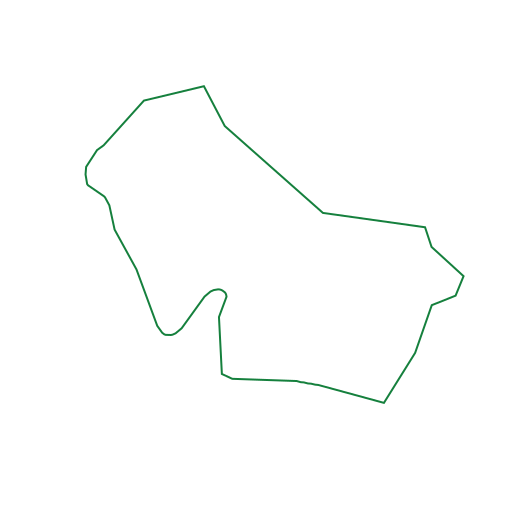 the border of Hillingdon, rotated 121°
{"feature_id": "GBR-2753", "entity_name": "Hillingdon", "entity_type": "London Borough", "adm_level": 1, "iso_a3": "GBR", "parent_name": "United Kingdom", "parent_adm1": "", "projection": "equal_earth", "projection_center": [-0.412, 51.535], "detail": "fine", "context": "isolated", "style": "outline", "palette": "green", "viewbox_px": 512, "rotation_deg": 121, "n_neighbors": 0, "source": "natural_earth", "source_scale": "10m", "svg_char_len": 785}
<svg xmlns="http://www.w3.org/2000/svg" viewBox="0 0 512 512"><g transform="rotate(121 256 256)"><path d="M374.7,224.5L327.4,256.3L306.1,260.3L304.8,261.4L303.8,262.6L303.2,263.9L302.9,266.9L303.0,268.4L303.4,269.9L304.1,271.3L307.0,274.7L309.9,276.7L317.3,279.2L356.2,282.5L363.7,285.1L366.4,287.0L367.5,288.2L370.1,292.8L370.4,294.2L370.1,296.9L366.7,304.7L329.1,351.5L306.2,390.8L288.1,407.8L283.5,415.6L283.1,417.0L281.9,436.4L281.3,437.8L273.9,444.1L267.1,447.5L247.1,446.8L239.6,443.6L180.5,432.1L137.3,388.1L160.7,349.7L184.6,220.8L144.3,125.9L157.8,110.2L166.4,67.7L187.2,64.5L207.6,80.0L257.1,69.7L316.0,70.7L334.5,136.3L335.8,139.0L337.1,143.1L338.5,145.8L339.7,149.9L341.1,152.6L342.2,156.7L373.5,213.1L374.7,224.5Z" fill="none" stroke="#15803d" stroke-width="2"/></g></svg>